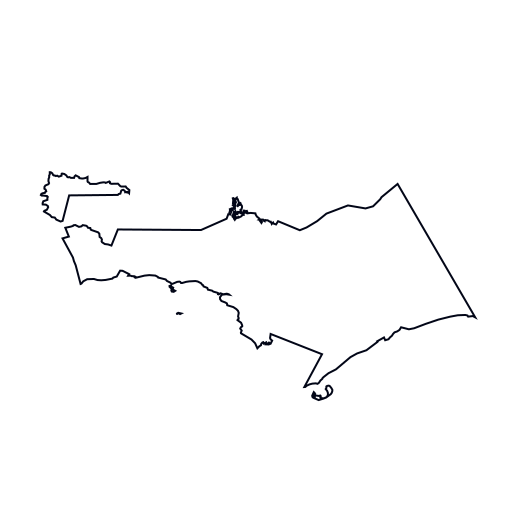 outline of Northern Peninsula Area, Queensland, Australia, rotated 247°
{"feature_id": "25037944B13244512579669", "entity_name": "Northern Peninsula Area", "entity_type": "district", "adm_level": 2, "iso_a3": "AUS", "parent_name": "Australia", "parent_adm1": "Queensland", "projection": "robinson", "projection_center": [142.362, -10.972], "detail": "fine", "context": "isolated", "style": "outline", "palette": "ink", "viewbox_px": 512, "rotation_deg": 247, "n_neighbors": 0, "source": "geoboundaries", "source_scale": "gbopen_adm2", "svg_char_len": 6107}
<svg xmlns="http://www.w3.org/2000/svg" viewBox="0 0 512 512"><g transform="rotate(247 256 256)"><path d="M285.0,274.8L284.3,273.9L287.5,273.2L287.8,273.8L288.3,273.0L288.5,273.8L289.0,273.8L292.0,272.2L294.3,271.9L295.5,272.1L297.8,267.8L298.7,264.5L299.8,263.7L299.9,265.2L301.1,265.2L301.4,263.5L300.1,263.1L300.2,262.1L300.7,262.0L301.7,263.2L302.2,263.2L302.6,262.4L301.5,261.6L300.9,259.8L300.4,259.8L299.7,260.9L298.7,260.8L299.0,259.5L298.3,258.0L298.1,254.8L298.2,254.4L298.8,255.2L299.0,255.0L298.7,253.7L299.3,253.1L298.6,252.8L298.6,252.0L297.6,250.6L299.0,250.3L299.3,250.6L299.0,251.3L300.2,250.9L300.1,252.3L301.2,252.6L301.5,251.6L300.9,250.9L300.8,250.1L301.4,249.8L302.1,250.5L302.5,250.3L302.7,250.7L302.3,251.4L303.3,252.4L302.6,253.7L303.2,253.4L304.0,251.9L304.9,252.7L305.0,253.8L305.4,254.5L303.5,254.7L302.8,255.3L303.6,255.5L303.3,256.0L303.7,256.5L303.4,257.1L302.7,256.9L303.0,258.0L302.2,258.0L301.6,258.5L303.2,259.8L304.6,259.8L304.9,261.1L306.5,262.3L307.6,262.6L308.8,262.4L309.2,261.6L309.6,260.0L308.7,257.9L310.8,260.0L310.6,261.2L310.8,262.3L311.2,262.1L311.7,261.1L315.5,261.4L316.1,260.8L317.2,261.1L317.0,260.3L315.9,259.3L318.2,257.7L318.2,257.2L316.5,257.0L315.7,257.6L315.8,256.6L313.7,255.5L313.8,256.4L314.7,257.9L314.5,258.4L313.4,258.6L312.9,258.1L313.1,257.2L310.9,256.9L310.1,256.3L311.9,255.7L311.5,254.8L311.0,255.4L309.5,255.7L307.7,255.1L307.5,254.9L308.3,254.2L308.9,254.5L309.3,254.2L308.6,252.9L307.9,252.7L309.3,252.2L309.3,251.5L307.9,251.0L307.2,251.3L306.5,250.6L307.7,250.2L308.5,250.4L308.9,250.1L307.4,249.5L306.5,248.5L305.5,248.5L304.9,249.1L304.2,248.6L305.2,247.1L305.9,247.4L301.8,243.5L301.4,215.5L334.4,139.2L322.1,127.0L324.4,124.4L326.1,121.5L328.8,119.7L329.8,119.6L331.4,120.6L333.0,120.5L334.6,119.5L337.8,120.5L339.5,119.9L344.2,114.7L344.8,114.2L346.5,114.4L347.6,112.4L349.3,112.1L350.3,111.4L352.1,108.6L351.5,106.8L352.0,104.4L355.1,101.8L355.6,100.0L355.2,99.3L355.4,97.0L356.5,91.5L347.0,91.3L347.8,84.8L326.1,86.9L322.4,86.4L317.9,86.4L298.8,83.6L298.8,84.5L300.2,87.1L300.6,91.5L298.2,97.8L295.8,100.7L294.1,104.1L292.7,108.3L291.3,115.0L291.9,116.2L291.5,119.8L295.6,125.2L294.5,127.4L288.9,132.1L287.8,130.6L287.0,132.8L286.1,133.6L284.9,136.1L284.1,136.8L283.6,136.1L283.0,136.6L281.5,145.7L280.1,150.3L277.3,155.7L275.1,157.5L274.4,157.5L269.7,163.7L267.8,164.3L264.8,166.9L263.3,167.2L263.0,168.3L263.0,173.3L262.4,175.4L261.7,176.2L260.5,176.4L260.0,177.5L259.5,181.6L258.7,184.7L256.6,190.5L255.3,192.4L252.4,194.8L250.6,195.2L249.7,195.9L248.5,195.8L245.7,198.7L243.8,198.6L241.3,202.0L239.9,202.8L237.4,205.9L236.5,206.7L235.9,206.3L235.8,206.9L235.3,206.9L235.5,208.8L233.6,210.8L232.7,214.4L231.4,216.0L230.8,216.3L232.4,213.8L233.7,209.5L232.1,206.7L230.3,206.1L228.1,206.6L225.2,209.6L223.7,210.7L221.9,210.3L217.8,215.2L214.7,217.2L212.6,218.0L210.4,217.9L207.4,215.9L205.6,215.8L204.8,215.3L204.7,214.4L204.2,213.9L200.4,216.2L197.6,216.2L196.6,215.8L196.3,214.2L195.3,213.1L193.0,213.7L191.3,212.1L190.7,212.0L180.9,219.2L176.0,221.1L170.5,221.2L171.6,223.8L171.9,225.7L173.1,226.5L173.9,228.2L173.8,229.0L172.4,228.9L172.5,231.2L171.0,230.2L170.0,232.3L171.1,232.2L170.9,232.8L171.3,233.9L171.1,234.2L169.7,233.8L169.5,235.1L171.8,237.8L173.6,236.9L175.0,236.9L178.5,239.0L139.8,278.4L116.5,249.3L116.2,250.2L116.8,251.9L116.9,255.2L116.5,258.0L115.4,261.3L114.3,262.7L114.7,264.4L116.2,266.6L117.0,269.0L117.5,269.4L118.1,270.7L119.8,277.0L120.4,285.3L126.0,303.4L126.8,311.0L126.1,320.8L129.5,334.4L129.9,334.9L130.2,334.7L131.0,342.0L128.0,342.0L127.6,345.4L128.7,347.5L129.5,350.0L130.7,351.7L131.6,353.7L131.4,356.5L131.9,359.2L133.7,361.7L128.8,368.1L127.7,373.3L127.2,385.9L126.2,399.0L124.3,411.0L122.6,418.6L119.9,425.7L118.6,427.4L117.3,427.6L116.0,432.1L113.9,433.8L267.0,414.5L261.1,394.5L259.7,392.5L256.0,383.2L257.0,375.4L266.6,360.4L267.5,337.4L264.2,325.9L262.5,313.7L262.6,306.4L279.4,289.9L277.2,286.8L279.0,284.8L280.1,284.8L279.4,283.1L280.4,283.3L281.0,282.8L281.8,283.0L282.2,282.1L284.3,280.7L284.7,279.6L285.3,279.0L285.1,277.9L284.6,277.6L285.2,277.1L286.0,277.4L286.8,276.7L287.4,275.2L285.0,274.8ZM366.2,165.2L369.3,163.5L370.9,163.2L372.6,159.1L373.3,158.4L376.5,157.2L379.0,151.0L380.0,150.0L381.0,150.5L381.9,150.2L382.0,146.2L382.8,145.7L383.5,144.1L384.3,141.0L384.7,137.3L387.1,131.5L388.8,131.0L389.9,130.1L390.6,130.1L394.6,131.8L394.4,129.6L394.9,127.0L395.4,125.9L396.7,123.8L397.8,123.9L400.7,121.5L400.2,120.1L399.0,119.1L400.2,116.2L401.6,115.0L401.8,113.8L402.4,113.2L404.3,112.9L406.4,111.6L407.7,109.7L407.6,109.2L405.9,108.3L406.1,105.5L407.6,104.4L407.8,103.0L408.8,102.2L408.9,101.6L409.8,100.9L411.7,100.8L413.3,99.8L413.7,98.9L411.6,98.0L411.0,97.1L409.1,96.3L408.2,95.3L406.1,94.2L404.0,94.0L403.2,93.0L403.2,89.7L402.3,88.3L400.6,87.5L399.3,88.3L397.5,88.2L397.1,86.7L396.6,86.3L397.1,84.4L397.1,82.8L396.2,81.8L395.3,82.4L394.8,83.7L392.8,87.1L391.7,87.4L391.3,86.8L389.2,85.9L389.5,81.6L388.0,80.2L386.8,79.8L385.4,82.6L383.4,83.9L382.2,83.8L380.3,81.6L380.3,78.8L379.8,78.2L374.3,82.3L371.6,83.2L370.0,85.8L367.5,86.4L364.1,89.6L363.9,91.7L384.8,107.7L366.2,152.7L366.7,153.8L366.4,155.5L368.8,157.5L369.0,158.6L368.8,159.7L368.2,160.1L366.6,160.8L365.8,160.5L365.4,162.2L364.3,161.5L365.1,162.6L364.8,163.2L363.4,163.7L366.2,165.2ZM98.3,265.2L99.6,270.8L100.5,272.3L101.9,273.5L103.0,274.0L104.9,273.8L107.4,273.1L108.2,272.4L108.6,270.8L108.4,269.8L107.0,269.2L106.3,268.2L104.0,268.8L101.9,268.7L100.0,267.9L98.7,266.3L98.5,265.5L98.5,262.8L99.4,261.1L99.4,260.0L100.6,259.9L101.3,260.1L101.2,260.5L101.6,260.8L102.4,260.7L102.8,258.8L104.5,256.2L105.9,256.2L106.1,256.5L106.6,256.3L105.9,255.5L103.8,255.2L104.1,254.6L105.5,254.1L107.0,255.5L107.3,256.3L108.1,256.0L105.4,253.1L104.2,252.9L103.2,253.3L98.9,257.4L98.4,262.2L98.3,265.2ZM255.5,168.0L257.6,166.4L258.3,166.6L259.2,167.4L260.6,166.3L261.9,166.2L262.2,164.7L261.4,164.4L258.7,165.6L257.4,164.6L256.2,164.6L255.2,166.2L255.5,168.0ZM233.3,162.5L232.2,163.4L232.3,164.7L234.1,162.2L233.8,160.0L233.5,160.9L233.8,161.7L233.3,162.5Z" fill="none" stroke="#020617" stroke-width="2"/></g></svg>